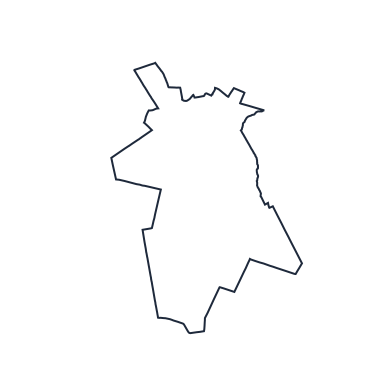 the district of Mereni, Teleorman, Romania, rotated 319°
{"feature_id": "2599482B71654647483987", "entity_name": "Mereni", "entity_type": "district", "adm_level": 2, "iso_a3": "ROU", "parent_name": "Romania", "parent_adm1": "Teleorman", "projection": "orthographic", "projection_center": [25.652, 44.232], "detail": "fine", "context": "isolated", "style": "outline", "palette": "slate", "viewbox_px": 384, "rotation_deg": 319, "n_neighbors": 0, "source": "geoboundaries", "source_scale": "gbopen_adm2", "svg_char_len": 5790}
<svg xmlns="http://www.w3.org/2000/svg" viewBox="0 0 384 384"><g transform="rotate(319 192 192)"><path d="M216.1,321.6L216.4,321.9L219.6,320.8L223.1,319.7L228.2,318.0L228.5,316.7L231.5,304.5L233.4,296.7L234.6,291.9L234.8,291.1L235.1,290.0L237.2,281.2L239.1,273.9L241.1,265.7L243.6,255.8L241.9,255.3L240.9,255.0L240.2,254.8L240.0,254.7L240.0,254.4L241.1,252.0L242.2,250.1L238.8,249.4L241.0,241.1L241.0,240.9L240.9,240.6L240.9,240.3L241.1,240.1L241.8,239.4L243.0,238.4L243.3,237.6L243.6,236.5L243.9,235.8L244.2,234.0L244.5,233.3L244.6,232.9L244.6,231.8L245.1,230.7L245.3,230.0L245.4,229.8L245.5,229.6L246.3,228.9L247.4,227.6L248.1,226.2L248.4,226.2L249.0,225.9L249.2,225.7L249.6,225.2L250.6,224.4L251.0,224.4L251.4,224.1L252.3,223.4L252.8,222.5L252.8,222.4L252.8,221.7L253.4,220.7L253.9,219.7L255.1,218.1L255.4,217.8L255.7,217.6L256.1,217.5L256.4,217.5L256.6,217.5L257.0,217.5L257.1,217.2L257.7,217.0L257.8,216.9L258.3,216.2L258.6,216.0L258.9,215.6L259.2,215.2L259.3,215.0L259.4,214.7L259.4,214.2L259.6,213.5L260.3,212.9L260.8,212.0L261.2,211.6L261.5,211.3L262.0,210.6L262.4,209.7L262.9,209.0L263.2,208.4L263.2,208.1L263.3,207.7L263.4,206.8L263.5,206.5L263.5,206.4L263.9,205.9L263.9,205.4L264.2,203.7L264.3,203.2L264.2,203.0L264.5,202.2L264.7,201.2L265.0,199.6L265.1,198.6L265.3,197.7L266.1,194.1L266.4,192.6L266.5,191.9L266.7,190.8L267.0,189.7L267.0,189.2L267.8,185.6L267.9,184.7L268.3,183.1L268.7,180.5L269.3,177.9L269.3,177.6L270.5,177.5L270.7,177.4L271.7,176.6L272.1,176.4L272.6,176.2L272.8,176.0L273.3,175.6L274.1,175.1L274.6,174.5L275.0,174.1L275.4,173.8L275.6,173.7L275.9,173.6L276.3,173.5L277.2,173.6L277.6,173.6L278.0,173.4L278.8,172.9L281.9,171.9L282.2,171.9L283.6,171.9L284.4,172.1L286.8,173.1L287.1,173.1L287.6,173.2L288.5,173.6L289.1,174.0L289.7,174.3L290.0,174.4L290.6,174.2L291.1,174.1L291.8,174.1L292.9,173.9L293.1,174.0L294.5,174.4L294.8,174.6L295.7,175.4L296.8,176.3L297.3,176.8L297.9,177.1L298.1,177.1L299.1,177.3L299.8,177.6L300.1,177.8L295.0,169.9L293.1,166.9L291.3,164.1L287.7,158.6L287.1,157.8L286.5,156.6L287.1,156.2L287.8,155.9L288.9,155.4L291.1,154.2L291.7,154.0L292.8,153.4L293.6,153.0L295.0,152.4L296.7,151.5L296.1,149.9L295.0,147.8L294.3,146.2L292.7,143.0L292.6,142.8L291.8,141.1L291.4,141.2L290.4,141.4L288.8,141.9L287.0,142.3L286.1,142.6L284.6,143.0L283.1,143.5L282.6,143.7L281.9,144.0L281.7,143.8L281.5,142.7L281.3,142.4L281.0,140.4L280.8,139.1L280.7,138.7L280.4,137.0L280.0,134.4L279.9,134.1L279.7,132.7L279.5,132.0L279.4,131.7L279.0,130.8L278.7,130.1L278.5,129.8L278.1,129.1L277.7,128.5L276.9,129.3L276.5,129.7L275.7,130.1L273.8,130.7L272.7,131.1L272.1,131.4L272.1,131.2L269.8,131.9L267.7,127.2L267.4,126.9L266.9,126.7L266.5,126.6L265.4,126.9L264.5,127.3L264.3,127.3L263.8,127.3L263.6,127.2L262.9,126.7L262.0,126.2L259.9,125.0L259.2,124.6L258.3,124.0L256.8,123.1L255.9,122.4L256.1,122.0L256.3,121.1L256.5,120.4L256.7,119.6L256.3,119.5L255.6,119.6L255.0,119.8L254.3,119.8L251.9,120.2L251.4,120.3L250.5,120.2L248.3,119.9L247.9,119.7L247.4,119.5L247.1,119.3L246.7,118.8L246.3,118.4L246.0,118.1L245.9,118.0L245.5,117.2L245.4,116.7L245.1,116.0L245.1,115.8L245.2,115.7L245.3,115.6L245.7,115.5L245.8,115.3L246.2,114.5L246.7,113.8L249.5,109.0L250.4,107.6L251.5,105.5L250.3,104.3L249.4,103.6L249.1,103.4L247.4,101.7L244.3,98.8L243.4,98.0L243.2,97.8L243.1,97.5L243.1,97.2L244.5,94.1L244.7,93.7L245.0,92.6L245.4,91.5L245.7,90.8L245.8,90.2L246.1,89.6L246.4,88.8L246.8,87.3L247.1,86.4L247.5,85.5L247.9,84.1L248.0,83.7L248.1,82.7L248.3,81.6L248.2,79.9L248.4,79.3L248.4,78.4L248.5,77.7L248.6,74.4L248.7,73.8L248.8,72.6L249.0,70.4L248.4,70.3L248.0,70.2L243.7,68.3L233.1,64.0L229.2,62.3L228.7,62.1L228.4,62.2L228.3,62.4L228.0,64.8L227.8,65.7L227.4,68.0L227.3,68.7L227.1,69.6L226.7,72.6L226.5,73.3L226.5,73.9L226.4,74.4L226.2,74.9L226.2,75.2L226.0,76.3L225.9,77.1L225.6,78.4L225.3,80.1L225.0,82.6L224.9,83.3L224.7,84.2L224.6,85.0L224.5,85.9L224.3,86.7L223.8,89.7L223.4,92.3L223.4,93.0L223.1,94.2L222.9,95.3L222.8,96.8L222.7,97.2L222.6,98.4L222.2,101.2L221.5,105.6L221.3,106.7L220.0,105.8L219.1,105.4L217.7,105.0L216.7,104.7L215.9,104.4L214.4,103.4L213.3,102.5L212.9,102.1L211.5,102.6L209.8,103.3L208.8,103.8L207.3,104.6L206.8,104.8L203.3,107.3L202.3,107.8L201.3,108.2L201.4,108.4L201.5,109.6L202.0,114.3L202.1,116.5L202.3,119.0L200.1,118.8L193.9,118.1L189.6,117.6L188.9,117.6L187.6,117.4L186.6,117.4L185.7,117.2L178.8,116.3L176.1,116.0L174.8,115.9L174.7,115.8L169.5,115.1L153.5,113.3L150.1,119.4L142.9,132.7L145.0,134.9L148.3,139.4L155.3,149.7L157.4,152.2L158.7,154.4L159.2,155.0L160.1,156.0L160.3,156.2L163.3,160.3L167.2,165.7L170.1,169.7L159.7,177.2L156.0,179.9L149.4,184.7L147.2,186.4L147.0,186.6L145.7,187.5L144.0,188.6L141.3,190.6L138.1,192.9L137.3,192.6L129.9,188.1L123.3,198.7L119.8,204.6L117.9,207.5L117.8,207.8L117.4,208.5L115.5,211.7L115.1,212.5L111.6,218.3L110.0,221.0L106.4,227.0L105.8,228.0L104.8,229.8L104.4,230.4L104.0,230.8L103.8,231.3L103.0,232.6L102.7,233.3L100.6,236.7L99.0,239.4L98.5,240.2L93.1,249.1L92.8,249.6L91.8,251.4L90.9,252.7L89.8,254.7L87.5,258.6L86.7,260.0L85.4,262.1L84.9,263.0L84.0,264.4L83.9,264.6L84.8,265.6L85.6,266.2L86.2,266.8L87.6,268.3L89.2,269.9L91.9,273.5L92.2,274.0L93.1,275.6L93.7,276.8L95.9,280.3L96.4,281.1L97.4,282.9L98.3,284.4L99.0,285.8L99.0,286.3L99.0,286.8L97.6,294.0L97.4,295.5L97.4,296.0L97.6,296.7L97.9,297.1L98.1,297.4L103.4,300.8L106.3,302.8L109.7,304.9L110.1,304.6L111.3,303.6L113.6,301.3L116.1,298.7L117.8,297.0L118.5,296.2L118.8,295.9L119.1,295.6L124.4,293.5L138.8,287.0L143.6,284.9L150.2,282.0L150.4,282.0L150.6,282.2L152.9,285.9L158.4,295.2L172.0,289.3L178.6,286.4L182.5,284.8L187.2,282.6L189.0,281.8L190.5,281.2L191.8,280.5L192.2,281.6L194.5,285.6L196.9,289.6L199.1,292.9L202.4,298.8L204.1,301.5L206.1,305.0L207.9,308.0L210.4,312.2L215.6,321.0L216.1,321.6Z" fill="none" stroke="#1e293b" stroke-width="2"/></g></svg>